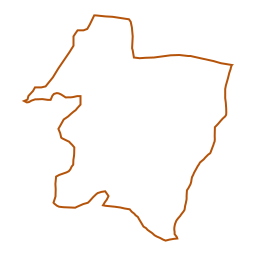 the district of Al-Shikhan, Ninawa, Iraq
{"feature_id": "34846034B50799597720229", "entity_name": "Al-Shikhan", "entity_type": "district", "adm_level": 2, "iso_a3": "IRQ", "parent_name": "Iraq", "parent_adm1": "Ninawa", "projection": "natural_earth1", "projection_center": [43.409, 36.699], "detail": "fine", "context": "isolated", "style": "outline", "palette": "amber", "viewbox_px": 256, "rotation_deg": 0, "n_neighbors": 0, "source": "geoboundaries", "source_scale": "gbopen_adm2", "svg_char_len": 2565}
<svg xmlns="http://www.w3.org/2000/svg" viewBox="0 0 256 256"><path d="M95.7,15.4L94.2,15.4L89.9,24.3L87.3,28.9L83.6,30.3L77.6,30.3L75.3,33.6L73.5,36.4L73.5,45.7L69.5,52.1L58.3,68.5L52.8,77.5L48.8,82.4L45.6,86.4L41.3,87.4L35.0,87.4L34.1,89.0L33.0,91.0L28.4,96.0L27.5,99.6L24.1,101.0L26.8,102.4L28.9,102.1L31.5,100.6L35.3,99.3L37.5,99.3L42.4,99.1L48.1,99.9L50.6,99.9L52.4,95.7L54.0,93.9L56.8,93.1L58.7,93.4L60.6,94.2L62.6,95.4L65.6,97.4L71.0,97.3L72.8,97.1L77.3,96.1L80.5,96.1L80.5,104.6L77.4,108.0L75.7,110.1L73.4,111.8L70.8,114.0L68.1,116.5L63.7,119.5L60.8,124.7L58.4,128.9L60.2,133.2L61.2,137.6L62.3,138.4L66.4,140.4L69.3,141.8L69.9,142.6L72.2,144.9L74.3,147.4L74.2,153.1L74.0,156.0L73.4,159.7L73.2,164.7L71.7,166.5L70.3,169.4L68.8,171.2L66.5,172.4L59.3,174.9L56.1,176.6L55.4,183.9L55.7,189.3L55.5,196.5L54.7,199.0L53.5,202.7L54.5,203.8L56.9,205.7L59.0,206.7L63.2,207.2L75.2,207.7L77.0,206.8L83.4,204.0L87.8,202.8L89.7,201.0L93.0,197.3L96.1,194.3L97.6,193.1L101.4,191.9L105.2,191.3L108.0,195.3L108.5,196.1L106.8,199.6L104.8,202.3L103.0,205.3L105.6,205.8L114.6,206.7L120.4,207.5L124.7,208.5L129.7,209.3L131.7,211.7L134.3,213.7L135.5,215.2L137.9,217.0L138.9,218.9L142.2,224.4L143.5,226.6L146.0,228.1L147.6,229.9L149.0,230.9L152.2,233.1L154.6,235.3L156.7,236.5L160.2,238.0L163.1,239.6L165.6,240.6L169.5,239.6L174.2,238.8L177.3,238.5L176.9,237.2L175.6,235.4L174.6,234.1L174.6,232.0L174.3,229.8L174.3,227.9L174.7,225.4L175.1,223.8L176.3,220.8L176.8,220.0L178.2,218.2L180.0,216.2L180.8,215.0L181.7,213.8L183.5,211.5L184.5,209.9L184.7,208.8L185.1,206.0L185.8,203.2L186.3,200.7L186.5,199.8L186.6,198.4L186.6,195.9L186.8,192.4L186.9,190.9L187.0,190.2L188.3,188.3L190.2,184.8L190.6,183.9L191.2,181.8L191.4,180.3L191.8,178.1L192.1,176.9L193.1,175.1L194.0,172.9L194.7,171.6L196.0,169.3L197.8,166.0L199.0,164.3L199.9,162.6L201.6,161.1L203.7,159.4L205.2,157.6L206.8,156.0L208.2,154.6L210.1,153.3L210.5,152.6L211.8,149.1L212.6,147.0L213.5,144.7L213.8,143.4L214.2,142.5L214.6,141.5L214.8,139.4L214.7,136.0L214.8,130.9L214.9,127.2L215.1,127.0L217.8,124.2L220.8,120.7L222.8,118.5L224.8,116.7L225.1,116.5L225.7,115.5L226.1,114.9L226.3,112.9L226.2,108.5L225.8,102.8L225.2,98.2L225.2,93.7L225.2,89.0L225.9,85.4L228.0,78.1L229.3,72.8L230.6,69.1L230.9,67.5L231.3,66.4L231.7,65.2L231.9,65.0L220.9,63.2L213.2,61.0L201.7,58.5L190.5,56.0L188.2,56.0L179.3,55.0L170.6,55.3L154.0,57.5L145.4,57.8L144.0,57.9L139.6,58.2L133.9,57.5L133.3,53.9L132.7,50.3L132.1,48.2L132.7,36.4L131.9,27.5L130.7,21.8L129.0,19.3L112.6,16.8L105.4,16.4L95.7,15.4Z" fill="none" stroke="#b45309" stroke-width="2"/></svg>